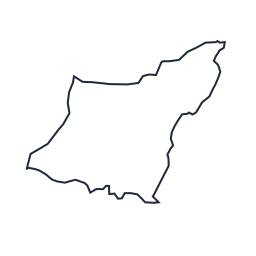 the district of Fyti, Paphos, Cyprus, rotated 84°
{"feature_id": "46923920B41172680844699", "entity_name": "Fyti", "entity_type": "district", "adm_level": 2, "iso_a3": "CYP", "parent_name": "Cyprus", "parent_adm1": "Paphos", "projection": "orthographic", "projection_center": [32.544, 34.932], "detail": "fine", "context": "isolated", "style": "outline", "palette": "slate", "viewbox_px": 256, "rotation_deg": 84, "n_neighbors": 0, "source": "geoboundaries", "source_scale": "gbopen_adm2", "svg_char_len": 1171}
<svg xmlns="http://www.w3.org/2000/svg" viewBox="0 0 256 256"><g transform="rotate(84 128 128)"><path d="M50.9,30.0L51.8,31.7L51.2,42.0L55.4,51.9L58.4,60.7L65.6,70.1L65.9,79.5L65.3,86.7L66.5,88.2L78.2,94.6L77.0,101.5L77.9,107.6L84.3,113.0L84.6,123.9L83.7,131.2L82.5,141.1L78.8,158.4L77.3,168.4L71.0,176.3L77.0,178.0L86.4,182.9L96.9,185.3L107.1,184.7L117.4,192.0L122.5,197.4L135.4,209.5L140.0,219.5L143.6,227.6L152.2,230.8L158.6,233.2L157.0,231.7L159.2,224.5L161.0,220.7L165.5,214.6L171.3,209.0L173.8,203.8L175.8,196.4L174.9,191.9L174.0,185.6L178.2,176.8L181.1,174.4L188.3,172.3L185.4,165.8L186.2,159.2L183.2,155.9L183.7,152.9L188.2,153.3L191.8,153.5L191.8,148.3L197.3,145.3L197.3,141.5L192.5,138.1L193.1,131.9L195.0,125.6L198.7,122.5L203.7,118.7L205.1,110.0L205.1,105.3L198.7,110.5L195.8,108.4L180.2,98.3L169.9,91.5L162.2,90.9L158.6,91.6L152.8,87.7L150.0,85.0L143.2,86.6L136.9,84.9L130.9,81.4L126.0,77.7L120.1,72.8L120.0,67.2L119.0,65.7L121.3,62.4L119.7,58.8L115.4,55.5L110.2,51.6L105.2,43.8L99.2,40.2L94.4,36.9L88.6,33.6L81.7,30.3L74.7,31.8L70.2,35.6L65.9,33.2L60.3,28.6L58.2,24.3L52.7,22.8L52.7,27.8L50.9,30.0Z" fill="none" stroke="#1e293b" stroke-width="2"/></g></svg>